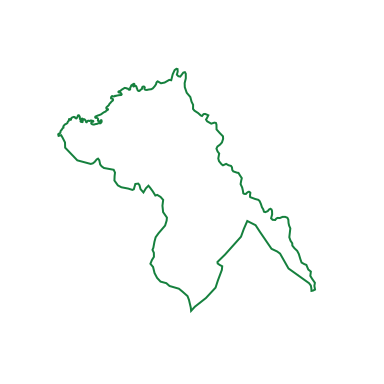 Tres Islas, Cerro Largo, Uruguay (Robinson projection), rotated 15°
{"feature_id": "84410073B15604045088045", "entity_name": "Tres Islas", "entity_type": "district", "adm_level": 2, "iso_a3": "URY", "parent_name": "Uruguay", "parent_adm1": "Cerro Largo", "projection": "robinson", "projection_center": [-54.84, -32.439], "detail": "fine", "context": "isolated", "style": "outline", "palette": "green", "viewbox_px": 384, "rotation_deg": 15, "n_neighbors": 0, "source": "geoboundaries", "source_scale": "gbopen_adm2", "svg_char_len": 5854}
<svg xmlns="http://www.w3.org/2000/svg" viewBox="0 0 384 384"><g transform="rotate(15 192 192)"><path d="M168.8,258.1L170.9,260.6L172.0,264.5L170.9,268.1L170.4,272.1L173.8,274.5L176.8,280.0L180.5,284.0L184.8,286.7L190.8,286.7L194.6,288.6L204.4,288.8L208.6,290.7L214.6,293.7L217.0,297.0L220.7,303.9L221.9,307.0L224.5,302.0L232.9,290.8L239.5,278.3L239.9,270.8L241.0,259.5L240.4,255.9L237.7,255.3L235.3,254.4L234.7,253.0L240.1,243.9L250.9,222.5L251.6,214.4L252.9,205.7L262.0,207.6L267.9,212.9L283.5,226.3L289.6,227.4L293.0,228.7L305.0,240.9L328.7,249.8L331.0,251.6L332.1,253.9L333.0,256.6L334.4,255.9L336.1,254.4L334.5,251.0L334.2,247.9L330.3,244.6L328.0,242.4L327.4,238.1L324.4,236.8L321.3,232.8L319.2,232.6L316.1,231.8L314.1,228.9L311.2,224.2L308.8,221.6L305.5,219.8L302.8,217.8L302.1,215.6L299.7,213.5L297.7,210.5L296.4,201.7L294.5,199.3L293.3,197.0L292.2,193.8L290.8,192.2L288.4,191.9L285.9,192.6L283.6,194.4L281.3,194.9L280.3,195.9L279.6,197.5L277.0,198.0L275.2,196.9L275.2,192.8L274.2,189.6L273.3,188.3L272.1,187.9L270.9,189.0L270.1,190.9L268.0,192.5L266.6,192.4L265.3,190.3L263.5,188.6L261.7,185.8L259.7,183.3L258.1,182.4L254.8,182.4L249.6,181.9L249.1,181.1L248.8,179.5L248.6,177.7L247.5,177.0L246.7,177.1L245.9,177.8L245.1,178.8L244.6,179.9L243.0,180.3L241.9,180.0L240.7,177.3L239.3,174.7L236.9,171.8L236.6,168.6L236.5,165.7L234.2,163.7L231.9,161.5L230.7,161.7L226.5,161.4L225.2,160.3L224.2,157.8L222.9,156.7L220.4,156.7L217.7,156.0L215.0,158.2L213.4,157.6L210.1,155.2L208.7,152.8L208.3,147.8L206.3,146.3L204.4,143.8L204.8,141.5L206.8,139.0L208.1,136.4L208.3,132.6L207.5,130.2L203.6,127.9L199.5,125.2L198.2,120.6L197.2,119.1L195.7,119.2L192.9,121.0L188.3,119.8L186.8,118.4L187.4,116.3L187.9,113.7L186.1,113.4L184.4,113.2L183.0,113.8L182.0,116.0L180.6,115.8L177.6,114.2L173.3,112.8L171.5,111.5L170.5,107.5L168.2,104.9L165.8,100.7L161.2,97.5L157.9,92.6L156.7,88.7L156.6,83.8L155.4,79.4L154.1,78.1L152.7,78.9L150.8,83.6L148.9,83.7L147.0,82.6L147.0,79.3L146.2,77.0L145.1,77.0L143.7,78.7L142.9,83.3L143.0,89.4L141.0,89.6L137.2,93.4L133.9,95.0L130.2,94.0L129.7,94.6L129.3,95.8L129.4,96.5L129.3,97.4L128.6,99.5L127.3,102.1L126.0,103.3L123.7,104.2L122.0,105.1L121.2,105.3L120.8,105.3L120.2,105.3L119.8,105.1L119.3,104.6L119.2,104.0L119.3,103.2L119.0,102.9L118.5,102.6L118.0,102.6L117.4,102.9L117.0,103.2L116.9,103.5L116.8,103.9L117.0,105.3L115.7,106.8L115.3,107.7L115.0,108.0L114.6,108.2L114.1,108.2L113.7,108.1L113.1,107.7L112.0,106.1L111.6,105.8L111.4,105.2L110.9,104.5L110.5,104.2L110.2,104.1L109.9,104.1L109.5,104.3L108.3,105.2L107.9,105.1L107.7,104.9L107.5,104.6L107.6,104.2L107.8,103.9L107.9,103.5L108.4,103.2L108.5,102.9L108.4,102.7L108.1,102.5L107.9,102.5L107.6,102.7L107.3,103.1L107.0,103.3L105.8,104.7L105.7,105.2L105.7,105.9L105.6,106.4L105.4,106.9L105.3,107.2L105.6,108.5L105.7,108.9L105.5,109.2L105.2,109.4L104.8,109.5L104.4,109.5L103.9,109.2L103.4,108.8L102.7,108.8L102.1,108.9L101.4,108.7L100.0,108.9L97.5,111.5L96.7,112.9L95.3,113.7L95.1,113.9L95.0,114.2L95.0,114.4L95.4,114.7L96.1,114.8L97.2,114.6L97.5,114.7L98.7,115.7L98.8,116.0L98.7,116.2L98.5,116.6L98.1,116.8L96.6,117.3L93.7,118.7L93.5,119.0L93.3,119.0L92.8,119.0L92.6,119.2L92.4,119.6L92.0,119.8L91.0,120.1L90.4,120.0L90.0,120.0L89.8,120.2L89.4,121.0L89.4,122.1L89.6,122.5L89.8,122.6L90.6,122.5L91.3,122.6L91.6,122.9L91.9,123.4L91.9,123.9L91.7,124.4L90.9,125.4L90.0,127.3L89.5,128.1L89.2,129.6L87.5,132.3L87.4,132.6L87.6,133.3L87.8,133.6L88.7,133.8L89.4,133.8L89.5,134.1L89.4,134.4L89.2,134.7L88.2,135.6L87.7,136.7L86.7,137.4L85.3,138.9L84.2,140.4L82.8,141.5L81.4,142.4L79.2,144.1L79.1,144.5L79.1,144.8L79.3,145.1L79.9,145.3L80.6,145.0L80.9,145.0L81.3,145.1L82.0,145.4L82.5,146.0L82.6,147.3L82.9,147.6L83.4,147.7L83.8,147.8L84.2,147.8L84.6,147.7L84.8,147.5L85.5,146.2L85.9,146.1L86.0,146.2L86.3,146.7L86.5,147.3L86.5,147.9L85.9,149.2L85.6,149.4L85.1,149.3L84.5,149.7L83.9,149.8L83.5,150.0L82.6,150.8L81.4,151.3L80.6,151.8L80.1,152.1L79.6,152.3L78.8,152.4L78.1,152.4L77.5,152.2L77.1,152.0L76.8,151.6L76.8,151.2L76.9,150.5L77.0,150.3L77.4,150.1L78.0,149.9L78.2,149.7L78.4,149.5L78.4,149.2L78.2,149.0L77.9,148.9L77.0,149.1L76.1,149.0L75.8,149.1L75.4,149.3L74.7,149.9L74.3,150.0L73.6,149.9L73.1,150.1L72.9,150.3L72.4,151.1L72.3,151.7L72.2,151.9L71.7,151.9L71.5,151.7L71.2,151.1L70.6,150.4L69.5,149.7L69.2,149.6L68.7,149.8L68.5,150.2L68.4,150.4L68.1,150.5L67.9,150.5L67.6,150.3L67.4,150.1L67.4,149.6L66.9,149.5L66.6,149.7L66.5,150.0L66.5,150.4L66.5,150.6L66.9,150.8L68.1,152.1L68.2,152.5L68.1,152.8L67.3,152.9L66.8,153.0L66.4,152.9L66.1,152.7L66.1,152.4L66.1,151.6L65.5,151.1L64.8,150.3L64.4,149.2L64.3,148.7L63.9,148.2L63.2,147.4L62.9,147.2L62.6,147.2L62.2,147.4L62.0,147.8L62.0,148.2L62.1,148.6L62.1,148.8L61.8,149.3L61.5,150.6L61.3,150.8L61.2,150.9L60.9,150.9L60.5,150.8L59.9,150.6L59.4,150.0L59.1,150.0L58.7,150.0L58.3,150.1L57.8,150.4L57.4,150.8L56.7,151.3L56.4,151.8L56.2,152.4L56.2,152.8L56.4,153.2L56.4,153.4L56.3,153.6L56.2,153.7L54.8,153.3L54.5,153.3L54.4,153.4L54.4,153.6L54.6,155.0L53.9,156.1L53.8,157.5L53.6,157.9L52.7,158.9L52.1,159.3L51.7,159.8L50.9,161.3L50.9,161.7L50.8,162.1L50.8,162.3L51.0,162.7L51.2,163.1L50.6,163.8L50.4,164.4L50.2,165.0L50.0,165.7L49.6,166.3L49.4,166.9L49.3,167.6L49.5,168.8L49.3,169.2L48.4,170.1L48.1,170.3L47.9,170.6L47.9,171.1L48.1,171.5L48.6,172.3L50.9,171.0L52.9,173.0L56.5,177.0L58.0,182.0L73.0,191.1L86.9,191.1L88.8,190.0L90.2,188.1L91.5,185.2L92.6,184.1L94.2,185.3L96.2,189.2L98.1,190.6L100.7,191.6L110.6,190.8L112.6,193.2L113.1,196.6L114.1,201.0L118.7,204.8L122.5,205.7L129.6,205.2L133.9,205.4L135.1,204.4L135.2,198.9L137.9,197.8L139.5,199.0L141.5,202.5L145.2,205.0L146.5,200.4L148.3,197.2L150.3,198.6L153.9,201.5L157.5,204.9L159.2,203.8L162.9,204.9L166.2,207.1L167.0,212.9L169.3,218.9L174.4,223.2L174.9,226.2L174.7,231.4L170.3,240.6L168.6,245.1L168.6,249.8L169.1,255.9L168.8,258.1Z" fill="none" stroke="#15803d" stroke-width="2"/></g></svg>